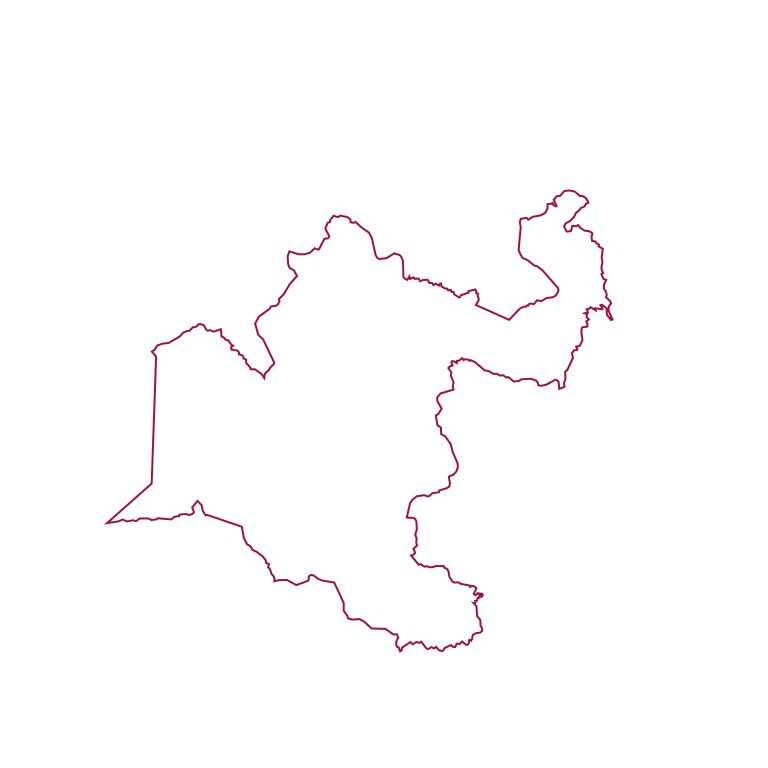 outline of Cohetzala, Puebla, Mexico, rotated 32°
{"feature_id": "50627088B88893827889923", "entity_name": "Cohetzala", "entity_type": "district", "adm_level": 2, "iso_a3": "MEX", "parent_name": "Mexico", "parent_adm1": "Puebla", "projection": "mercator", "projection_center": [-98.761, 18.209], "detail": "fine", "context": "isolated", "style": "outline", "palette": "rose", "viewbox_px": 768, "rotation_deg": 32, "n_neighbors": 0, "source": "geoboundaries", "source_scale": "gbopen_adm2", "svg_char_len": 6165}
<svg xmlns="http://www.w3.org/2000/svg" viewBox="0 0 768 768"><g transform="rotate(32 384 384)"><path d="M176.2,481.5L239.7,591.5L222.9,648.7L231.5,641.3L234.3,637.3L238.9,636.8L243.4,632.5L246.5,631.6L248.1,627.5L255.4,622.9L258.8,622.6L262.8,619.3L263.2,617.8L275.5,611.5L276.5,607.8L280.4,604.4L279.8,603.2L280.5,602.5L285.0,599.2L288.3,598.4L290.5,595.5L290.8,593.4L286.8,590.3L287.8,581.9L293.4,583.4L297.6,587.7L302.4,589.9L303.5,588.7L339.1,580.4L346.7,588.8L352.9,592.5L356.8,592.3L360.2,594.4L364.9,593.8L372.5,594.5L377.2,596.2L378.9,598.2L381.9,597.7L382.8,600.9L384.9,601.2L389.5,604.8L391.9,605.3L394.5,607.3L395.5,609.4L399.0,605.9L405.6,601.6L416.2,601.0L423.8,591.3L424.0,590.2L422.2,587.1L423.2,584.6L426.0,583.6L430.7,584.2L435.8,583.4L447.0,578.7L465.9,591.1L470.0,597.7L475.9,600.1L477.6,601.8L481.8,600.7L487.9,596.3L493.7,596.1L503.0,597.9L514.8,591.0L524.7,591.4L527.7,589.5L530.4,591.4L530.9,595.6L532.3,598.4L534.4,600.0L535.9,599.5L539.3,602.1L540.1,600.7L539.0,598.0L543.1,588.9L546.4,589.5L548.2,585.6L551.1,584.8L552.1,582.9L560.4,585.8L562.1,585.2L563.6,582.0L566.6,581.7L567.5,579.3L571.3,580.6L574.7,579.8L575.4,578.9L575.4,575.6L579.2,569.8L581.6,570.4L583.7,569.4L583.3,565.6L586.0,564.3L586.6,561.0L592.0,561.7L593.2,560.4L593.1,558.2L591.9,556.2L592.4,555.4L593.9,555.5L593.8,553.5L592.3,549.9L594.3,546.3L597.3,543.9L598.1,541.2L595.8,538.5L594.2,538.1L590.7,533.1L585.9,531.5L580.4,523.7L576.2,522.3L577.4,522.0L577.3,520.1L576.3,519.6L577.7,518.1L576.7,515.6L578.2,514.8L576.5,512.1L577.4,511.7L579.4,512.7L579.8,511.0L578.6,509.9L574.3,511.8L573.7,514.5L572.2,514.7L571.3,514.3L570.7,508.4L569.1,507.7L566.4,508.1L564.5,510.3L564.1,509.3L554.9,512.8L552.4,512.7L548.8,515.1L546.6,515.3L541.7,512.9L538.1,508.9L535.6,507.4L532.6,507.8L531.1,506.8L523.9,511.3L522.9,513.1L519.7,515.3L517.6,515.5L515.1,517.4L510.5,517.4L509.2,518.9L497.8,515.1L499.6,512.6L499.8,510.6L496.3,508.0L497.6,503.4L495.5,501.6L493.6,497.8L490.3,495.1L488.9,490.0L484.5,483.6L482.4,482.1L480.2,481.8L474.1,485.2L469.2,471.0L469.6,466.7L471.3,461.9L477.1,456.9L480.1,456.5L481.8,455.1L482.8,451.1L487.9,446.7L487.2,445.0L492.5,439.1L493.7,436.2L492.4,433.0L488.4,428.8L488.4,427.3L490.9,424.4L491.7,419.7L490.8,415.7L488.7,412.5L477.7,404.8L472.5,399.7L463.9,396.0L459.1,396.2L455.4,390.8L451.1,390.6L444.7,383.3L446.0,380.4L445.9,374.3L438.7,370.5L436.2,367.3L437.0,362.0L445.9,351.9L443.5,349.4L442.1,345.7L436.0,341.3L435.1,338.5L430.1,336.4L430.6,334.1L432.4,332.0L429.7,330.1L429.6,328.8L431.0,327.8L434.6,327.7L433.5,325.7L435.4,324.3L436.6,320.7L438.8,321.5L438.9,320.6L442.4,318.7L444.3,319.0L444.6,318.0L449.3,317.2L462.2,319.1L466.1,317.5L471.8,317.4L474.4,315.5L477.9,315.4L480.5,313.4L484.4,313.7L485.7,312.3L492.8,313.1L497.0,309.7L497.9,307.3L505.7,301.8L511.0,300.5L513.2,301.1L515.8,303.3L518.7,301.9L522.3,298.1L527.0,289.6L529.1,289.1L530.9,289.7L535.3,295.3L538.5,290.7L536.2,287.8L535.1,283.4L531.1,277.6L532.0,274.9L530.4,261.8L527.0,258.1L527.4,254.7L529.7,252.8L529.4,251.8L527.2,250.6L529.8,247.6L529.1,241.7L523.8,235.3L522.1,231.9L522.2,230.8L526.0,227.5L524.9,225.4L522.4,223.7L523.5,220.7L520.3,219.8L519.1,217.1L516.8,217.6L519.1,215.2L516.3,213.2L518.0,211.5L518.4,209.4L524.6,209.4L523.1,207.8L529.5,205.0L529.2,204.0L525.8,202.5L526.9,201.2L532.7,201.9L536.3,207.2L542.7,209.4L543.6,208.2L535.3,202.7L533.6,199.1L533.8,195.4L532.0,193.9L526.4,192.8L525.7,190.4L522.9,187.8L519.9,186.6L517.8,182.8L517.3,178.0L514.5,178.6L510.6,176.0L510.1,175.2L511.1,173.9L507.8,171.6L506.2,169.1L504.8,165.0L501.6,161.5L497.9,153.4L493.0,153.5L492.4,151.9L489.1,152.0L487.7,151.1L484.7,152.4L482.0,149.3L481.0,145.8L480.1,145.6L476.7,145.8L472.9,147.6L468.2,147.6L464.3,146.4L463.3,148.4L459.9,150.1L461.5,155.0L459.0,157.5L457.7,157.8L453.1,154.9L453.0,151.4L455.5,147.0L456.6,141.9L456.1,136.6L457.2,134.8L457.8,130.2L460.0,127.2L459.8,123.9L461.2,122.3L460.7,121.3L456.5,119.3L452.8,119.3L450.5,120.8L444.0,119.7L439.1,121.4L434.7,124.7L433.6,131.1L431.0,133.3L430.3,137.8L435.9,141.4L435.7,142.2L432.6,142.4L430.9,141.1L430.2,142.7L427.3,144.8L429.6,148.3L430.1,153.0L429.3,155.0L427.1,158.4L421.7,163.2L419.2,168.2L417.0,167.5L412.5,171.4L413.3,174.7L416.7,178.3L427.2,199.1L431.0,201.8L434.9,203.7L440.2,202.9L448.8,203.9L451.4,203.0L457.7,203.5L480.7,210.4L481.9,211.5L482.8,213.5L482.7,218.3L481.1,221.0L476.2,225.1L473.5,230.4L469.4,231.9L468.9,236.7L465.2,238.4L464.5,239.8L464.9,240.9L463.6,241.6L463.5,243.2L461.7,244.2L459.2,248.3L456.1,263.3L420.0,268.3L420.0,263.1L418.7,261.1L416.3,259.2L415.8,257.6L413.9,258.0L413.0,256.2L411.4,255.4L406.4,260.6L407.3,261.7L402.1,268.1L402.4,270.1L401.6,270.8L396.1,270.8L394.3,269.1L392.3,270.1L390.8,268.8L388.8,270.6L387.1,269.6L385.1,270.7L381.4,270.7L378.9,268.6L378.0,270.1L378.7,271.2L374.5,271.8L373.5,273.8L371.3,272.9L368.9,274.3L365.9,272.5L362.2,274.8L360.2,277.7L357.4,276.3L354.3,278.6L352.7,277.9L350.4,281.1L348.6,279.3L348.5,283.4L346.7,283.6L343.8,283.0L334.7,269.4L331.0,266.8L328.8,266.4L323.6,267.7L319.3,276.1L313.6,280.6L311.3,280.5L308.5,279.0L296.6,266.9L291.2,263.6L281.2,263.1L274.0,261.6L272.8,263.4L270.0,264.6L268.4,262.3L264.2,261.9L257.8,264.4L256.4,267.0L252.0,268.1L251.5,273.6L252.4,275.1L250.9,277.1L251.8,283.3L259.4,287.7L259.3,290.1L256.5,292.5L257.5,304.1L257.1,304.9L253.3,305.7L251.5,312.2L247.7,316.2L242.7,319.3L233.5,321.6L234.5,326.5L239.2,333.2L242.4,335.6L247.3,335.3L253.0,338.5L251.2,349.1L251.4,361.3L249.8,367.8L251.5,369.1L251.9,372.4L250.8,375.1L247.1,378.1L247.2,380.9L242.2,393.1L242.7,401.0L251.4,409.0L257.8,410.2L279.5,424.0L280.0,425.5L278.8,430.2L279.0,432.8L277.5,438.6L279.3,442.4L274.6,440.3L266.6,440.0L263.0,442.2L262.0,440.9L256.0,439.2L254.1,436.3L251.3,436.8L250.2,435.3L248.3,434.8L245.3,435.7L244.2,434.0L242.1,433.3L236.4,435.7L234.8,433.8L235.8,431.5L233.3,431.5L229.0,429.5L226.3,430.4L223.2,429.4L221.1,429.9L216.6,424.0L211.8,429.9L207.6,430.6L206.5,432.2L204.5,432.1L200.1,429.6L196.4,430.5L195.0,431.9L194.6,434.6L191.8,437.3L190.8,442.1L189.2,443.1L186.5,446.9L185.6,452.0L179.6,463.3L174.8,467.2L171.3,471.5L171.3,476.4L169.9,479.5L176.2,481.5Z" fill="none" stroke="#9f1239" stroke-width="2"/></g></svg>